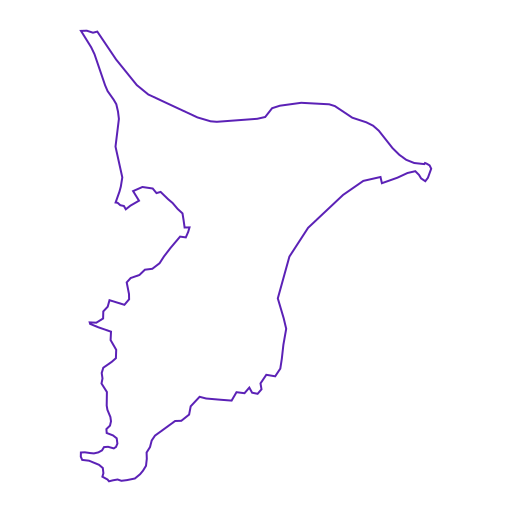 map outline of Chiba (Mercator projection)
{"feature_id": "JPN-1855", "entity_name": "Chiba", "entity_type": "Prefecture", "adm_level": 1, "iso_a3": "JPN", "parent_name": "Japan", "parent_adm1": "", "projection": "mercator", "projection_center": [140.102, 35.49], "detail": "fine", "context": "isolated", "style": "outline", "palette": "violet", "viewbox_px": 512, "rotation_deg": 0, "n_neighbors": 0, "source": "natural_earth", "source_scale": "10m", "svg_char_len": 2172}
<svg xmlns="http://www.w3.org/2000/svg" viewBox="0 0 512 512"><path d="M425.0,163.0L426.7,163.7L429.6,165.4L431.2,168.7L427.9,177.8L425.3,181.2L421.1,178.4L419.0,174.9L415.3,171.2L407.5,173.0L397.4,177.7L381.9,183.2L380.5,177.0L363.3,180.9L343.1,194.9L308.1,227.8L289.4,256.6L277.8,298.4L283.7,318.3L286.2,328.8L283.4,344.7L281.8,358.9L280.3,368.6L275.2,376.3L266.3,374.8L260.5,383.4L261.5,389.3L257.6,393.8L252.1,392.7L249.3,387.6L244.5,393.2L236.5,392.2L231.6,400.6L220.0,399.7L206.1,398.5L199.6,396.8L190.7,406.3L189.1,414.6L181.3,420.8L175.1,421.0L164.4,428.8L155.0,435.6L151.7,440.5L150.0,447.1L146.6,452.5L146.8,458.8L146.0,465.8L143.0,470.7L140.1,474.2L134.9,478.5L127.0,480.1L121.4,480.8L117.6,479.5L113.0,480.3L109.0,481.3L107.5,479.5L102.4,476.7L103.4,473.2L102.8,468.0L99.0,464.8L89.0,460.7L82.2,459.9L80.8,456.7L80.9,452.5L84.8,452.3L90.5,453.1L93.9,453.4L98.3,452.4L102.0,450.4L104.0,447.1L108.1,446.8L113.8,448.4L116.0,446.9L117.4,443.6L116.7,438.3L113.0,435.4L106.7,433.0L106.4,429.1L110.0,425.6L111.0,421.3L110.4,417.0L107.4,409.8L106.7,405.6L106.9,392.0L101.5,383.5L102.5,378.5L101.7,373.0L103.3,367.7L111.8,361.8L115.9,358.2L116.2,349.8L110.6,340.1L111.0,331.7L98.1,327.2L90.1,323.9L89.7,322.4L96.3,322.7L103.1,318.5L103.3,311.4L107.7,306.7L109.5,300.2L124.4,304.8L129.1,299.3L129.0,294.1L126.7,282.4L130.7,278.0L139.4,275.0L144.9,269.7L152.3,268.8L159.6,263.2L164.0,256.4L170.7,247.7L180.1,236.6L185.8,237.4L188.2,231.9L189.5,227.4L184.6,227.5L183.6,220.3L182.5,213.4L177.6,208.9L172.6,203.0L168.0,199.1L160.6,191.9L156.5,193.1L152.7,188.5L142.4,187.0L133.1,191.1L139.0,200.7L130.5,205.6L125.8,209.3L123.9,206.0L120.3,205.2L117.6,202.8L115.6,202.5L119.5,191.5L120.8,186.7L122.3,177.4L115.5,146.6L118.9,118.9L118.0,111.6L116.3,104.2L113.6,99.6L107.6,91.1L105.1,85.3L94.5,54.2L91.2,47.3L81.0,30.9L86.8,30.7L93.0,32.7L97.3,31.6L116.1,59.5L136.8,85.1L148.3,94.5L197.4,117.4L210.6,121.3L216.8,121.8L257.2,118.8L265.2,117.0L272.1,108.2L279.9,105.7L301.2,102.8L329.2,104.3L334.9,106.1L352.3,117.7L366.3,122.3L373.1,125.7L378.8,130.7L392.6,148.2L399.3,154.8L406.2,159.8L414.2,163.0L424.3,164.1L425.0,163.0Z" fill="none" stroke="#5b21b6" stroke-width="2"/></svg>